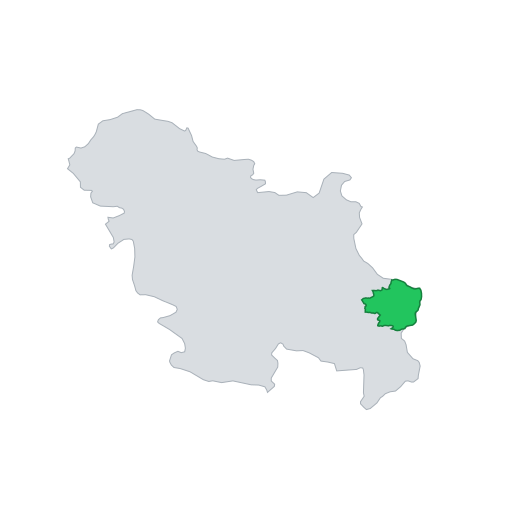 where Pirotski sits in Republic of Serbia, rotated 336°
{"feature_id": "SRB-121", "entity_name": "Pirotski", "entity_type": "District", "adm_level": 1, "iso_a3": "SRB", "parent_name": "Republic of Serbia", "parent_adm1": "", "projection": "albers", "projection_center": [22.387, 43.137], "detail": "fine", "context": "in_parent", "style": "filled", "palette": "green", "viewbox_px": 512, "rotation_deg": 336, "n_neighbors": 0, "source": "natural_earth", "source_scale": "10m", "svg_char_len": 7393}
<svg xmlns="http://www.w3.org/2000/svg" viewBox="0 0 512 512"><g transform="rotate(336 256 256)"><path d="M283.3,198.8L294.1,202.4L299.0,205.7L301.6,209.9L308.5,212.8L319.8,214.2L327.7,218.6L332.0,225.9L339.3,224.2L349.3,213.4L359.1,210.5L368.8,215.7L374.1,220.0L375.0,223.3L372.7,224.7L367.3,224.0L362.9,226.1L359.5,230.9L358.9,236.0L361.4,241.4L364.8,245.1L369.3,247.1L371.7,249.9L372.0,253.5L373.1,254.5L370.6,256.2L367.9,258.6L366.3,262.9L365.9,269.8L357.3,275.2L354.0,276.2L352.5,279.7L350.3,289.8L350.6,297.4L351.7,301.3L352.3,304.4L355.1,308.3L357.7,314.2L359.4,322.1L363.2,328.1L372.9,334.0L377.7,337.5L381.3,342.5L384.1,347.0L392.1,353.0L391.6,357.3L389.8,361.6L388.0,363.6L384.0,369.0L380.1,372.1L373.7,381.7L363.5,382.2L361.1,383.0L357.2,385.6L355.3,390.4L357.2,394.2L357.0,398.1L355.1,405.6L357.6,413.7L361.2,417.4L361.8,419.5L361.2,423.3L355.8,431.0L354.2,433.9L348.7,435.2L346.9,434.5L344.1,431.9L341.5,431.1L335.0,434.2L328.5,436.1L323.3,434.6L318.2,434.4L314.6,435.7L312.0,436.1L306.7,439.4L298.3,441.8L294.4,441.2L293.0,438.1L291.4,433.6L292.2,431.6L297.8,428.1L298.5,424.7L306.3,408.6L307.9,403.4L307.9,401.7L305.9,400.5L301.7,400.5L283.0,393.8L283.9,386.2L278.5,382.1L272.6,378.4L271.7,374.4L265.2,366.1L260.5,361.5L254.4,359.1L249.2,355.6L246.1,353.5L244.7,349.7L244.8,347.5L243.2,345.3L240.7,345.4L236.3,348.4L231.0,350.9L230.0,352.8L231.8,357.3L233.1,360.2L232.4,362.9L230.7,366.3L220.3,373.7L219.1,376.4L220.9,380.7L219.7,382.6L211.0,385.3L211.3,382.9L210.9,379.1L206.0,375.0L199.2,371.7L184.1,360.7L178.3,359.1L173.1,357.7L165.7,352.4L161.8,351.4L157.6,347.6L148.7,335.0L141.0,328.0L135.7,324.5L134.3,321.1L134.1,317.7L134.4,316.6L138.6,311.9L141.8,311.3L145.9,311.3L148.4,313.9L151.9,314.5L154.0,311.5L155.2,307.0L154.9,301.3L147.0,287.8L140.1,278.2L139.3,276.2L140.9,274.5L143.5,273.7L146.2,274.5L153.2,275.5L160.0,274.8L162.4,272.7L162.5,269.6L160.1,266.7L152.5,258.8L146.6,251.9L139.5,246.5L134.3,244.3L132.8,241.6L132.2,238.8L133.0,233.7L133.6,227.2L135.0,223.2L140.1,215.6L145.0,207.6L148.2,199.8L149.9,192.6L149.4,190.5L147.1,188.8L142.1,187.1L135.1,188.2L129.0,190.6L126.7,190.7L126.0,187.4L127.0,186.0L128.9,186.3L130.4,186.9L132.1,185.5L133.2,181.1L131.4,165.7L135.9,164.5L136.0,162.3L136.5,160.4L141.0,163.2L147.4,163.5L153.1,163.2L154.0,161.7L154.0,159.5L152.9,157.7L150.9,156.3L149.5,154.1L145.8,153.0L134.1,147.1L128.5,141.0L129.0,134.7L130.8,131.4L132.9,130.3L132.3,129.1L125.8,126.0L123.6,121.8L125.7,116.8L122.7,106.2L119.3,99.6L123.0,97.0L123.7,93.0L124.0,90.8L125.5,90.9L131.4,88.5L133.5,86.4L134.8,83.9L136.2,83.4L140.0,86.2L144.0,86.6L148.7,85.1L152.2,82.8L156.3,80.9L158.2,79.6L160.6,77.6L165.6,71.4L171.1,70.2L178.3,72.1L186.0,72.9L191.9,71.6L206.7,73.9L209.8,75.4L211.8,77.1L215.6,82.7L219.2,89.8L224.3,93.2L230.4,97.2L233.5,100.1L238.0,108.6L241.6,112.8L242.8,112.7L244.1,111.6L245.0,110.8L246.0,111.6L246.0,114.1L246.1,119.8L245.1,125.8L246.3,131.6L246.3,133.4L245.3,135.0L245.4,136.5L246.7,138.0L251.7,141.9L256.3,147.8L261.6,152.0L266.6,154.8L269.8,155.0L274.9,159.8L285.2,163.3L288.4,164.5L290.7,166.5L292.3,168.8L292.4,171.2L290.8,172.3L288.5,175.5L287.6,179.5L285.9,180.5L284.2,180.5L283.0,181.7L283.3,183.4L284.6,185.1L286.8,186.6L290.9,188.1L294.9,190.3L294.8,192.0L294.0,193.9L288.8,194.5L285.0,194.8L283.2,195.5L283.3,198.8Z" fill="#d9dde1" stroke="#a8b0b8" stroke-width="1"/><path d="M370.3,333.1L370.7,333.5L371.3,333.7L372.6,333.7L373.3,333.8L374.4,334.3L374.8,334.5L375.4,334.9L380.3,339.8L381.1,341.1L381.4,341.8L381.6,343.6L381.8,344.3L382.2,344.9L383.9,346.6L385.7,349.0L386.7,350.0L387.9,350.8L391.3,351.5L392.4,352.0L392.5,353.1L392.7,354.3L392.0,357.4L390.7,360.5L389.3,362.6L388.8,363.1L387.6,363.6L387.1,364.1L386.7,364.8L386.2,366.5L385.9,367.3L383.0,370.0L382.1,371.3L381.2,371.7L379.3,372.2L378.5,372.7L378.0,373.4L377.6,374.6L376.4,379.2L376.0,380.3L375.9,380.4L375.1,381.4L373.0,382.3L371.0,382.8L365.8,381.4L363.9,381.7L363.0,382.3L362.6,382.8L361.4,382.6L361.1,382.6L360.6,382.5L360.3,382.4L359.8,382.1L359.5,382.1L359.3,382.1L358.7,382.1L357.9,382.2L357.7,382.3L357.1,382.3L356.9,382.2L356.6,382.2L356.1,381.9L355.9,381.9L355.2,381.8L355.1,381.7L354.9,381.6L354.6,381.4L354.4,381.3L354.0,381.1L353.6,380.8L353.3,380.6L353.1,380.3L352.7,379.9L352.4,379.2L352.2,379.0L351.9,378.9L351.5,378.7L351.3,378.5L351.1,378.4L350.3,377.9L349.8,377.4L351.0,377.2L351.8,377.0L352.2,376.8L352.3,376.7L352.5,376.5L352.6,376.4L352.7,376.2L352.7,375.8L352.6,375.7L352.3,375.2L351.9,374.9L351.2,374.4L350.1,373.9L349.8,373.8L349.6,373.7L349.0,373.8L348.9,373.8L348.7,373.7L348.1,373.3L347.5,373.0L347.0,372.6L345.7,371.9L345.0,371.7L344.7,371.6L344.2,371.5L343.9,371.5L343.7,371.6L343.3,371.7L343.1,371.6L342.9,371.6L342.7,371.5L342.5,371.3L342.1,370.9L342.0,370.7L341.8,370.6L341.5,370.5L341.3,370.4L340.4,370.3L340.1,370.2L339.9,370.1L339.4,369.7L339.2,369.6L339.0,369.4L338.9,369.2L339.0,368.9L339.1,368.7L340.0,368.0L340.1,367.8L340.3,367.5L340.4,367.4L340.6,367.3L341.0,367.0L341.2,366.9L341.7,366.8L341.8,366.7L342.0,366.6L342.3,366.1L342.8,365.7L342.8,365.3L342.1,364.7L341.7,364.3L341.2,363.8L341.2,363.7L341.4,363.0L341.5,362.8L341.6,362.7L342.1,362.3L342.6,362.1L343.1,361.9L343.3,361.7L343.7,361.4L344.8,360.9L345.5,360.5L344.5,358.6L344.4,358.4L344.2,358.2L344.2,357.6L344.2,357.4L344.1,357.2L343.6,356.8L343.5,356.7L343.3,356.6L343.1,356.6L342.8,356.6L342.3,356.8L342.1,356.9L341.8,356.9L341.5,356.9L341.3,356.9L341.0,356.7L340.7,356.6L340.5,356.4L340.4,356.2L340.0,355.7L339.9,355.6L339.7,355.5L339.4,355.5L339.2,355.5L338.9,355.4L338.7,355.3L338.3,355.0L337.9,354.6L337.4,354.1L337.2,353.8L336.9,353.7L336.2,353.6L335.9,353.4L335.2,353.0L334.6,352.5L334.5,352.4L333.0,351.7L333.4,350.8L333.8,349.9L334.2,349.3L334.3,349.2L334.1,348.3L334.1,348.1L334.3,347.8L334.7,347.5L334.8,347.3L334.9,347.2L335.0,346.8L335.0,346.7L335.4,346.5L335.6,346.4L336.0,346.4L336.3,346.4L336.5,346.1L336.6,345.8L336.7,345.6L336.6,345.2L336.5,344.6L336.4,344.3L336.3,344.2L335.8,343.9L335.6,343.7L335.4,343.6L335.3,343.4L335.3,343.2L335.2,343.0L335.3,342.6L335.3,342.4L335.3,342.2L335.0,341.4L335.0,341.2L334.9,340.1L334.7,339.1L335.5,338.9L336.3,338.6L336.6,338.5L336.8,338.5L337.5,338.6L338.2,338.8L338.8,338.9L339.0,338.9L339.4,339.0L339.6,339.2L340.2,339.6L340.4,339.8L340.7,339.9L341.3,340.0L341.6,340.1L341.8,340.2L342.2,340.5L342.3,340.6L342.7,340.8L342.9,340.8L343.2,340.8L343.6,340.8L344.1,340.7L344.6,340.7L346.0,340.7L346.3,340.6L346.6,340.6L347.3,340.4L347.5,340.3L347.6,340.1L347.8,339.4L348.1,338.7L348.1,338.3L348.1,337.8L348.1,337.6L348.1,337.4L348.2,337.2L348.4,336.8L348.4,336.7L348.5,336.5L348.4,336.0L348.3,334.9L349.9,335.5L350.0,335.6L350.4,335.9L350.6,336.1L351.0,336.2L351.5,336.4L352.2,336.7L352.5,336.8L353.1,336.7L353.3,336.7L353.6,336.8L354.1,337.2L355.7,338.4L355.8,338.4L356.2,338.3L356.8,338.3L357.0,338.3L357.2,338.2L357.3,338.2L357.5,338.0L357.7,337.8L357.9,337.4L358.3,336.6L358.4,336.4L358.5,336.4L358.8,336.3L359.0,336.5L359.3,337.0L359.6,337.6L359.8,337.9L360.5,338.5L360.9,339.0L361.1,339.3L361.7,339.6L362.1,339.8L362.3,339.9L363.0,339.9L364.4,340.2L364.6,340.2L364.8,340.2L365.0,340.1L365.0,339.8L365.0,339.7L364.8,339.1L364.7,339.0L364.8,338.8L364.8,338.6L365.0,338.4L365.4,338.0L366.4,337.0L366.7,336.8L367.5,336.4L367.8,336.2L368.0,336.1L368.3,335.6L368.6,335.1L368.9,334.7L369.2,334.4L369.7,333.8L369.8,333.7L370.3,333.1L370.3,333.1Z" fill="#22c55e" stroke="#15803d" stroke-width="1.5"/></g></svg>